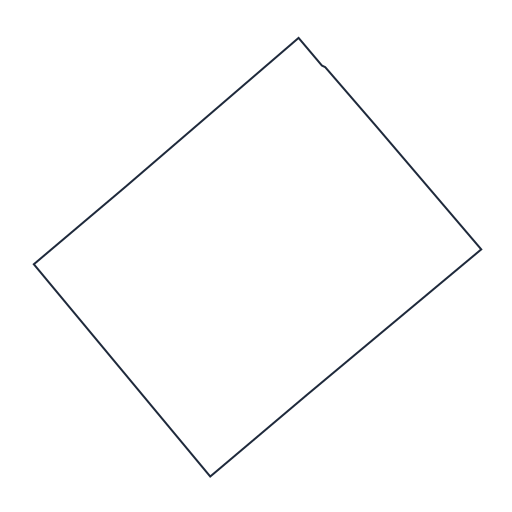 Adair, Missouri, United States of America, rotated 320°
{"feature_id": "52423323B5139201807141", "entity_name": "Adair", "entity_type": "district", "adm_level": 2, "iso_a3": "USA", "parent_name": "United States of America", "parent_adm1": "Missouri", "projection": "albers", "projection_center": [-92.557, 40.192], "detail": "fine", "context": "isolated", "style": "outline", "palette": "slate", "viewbox_px": 512, "rotation_deg": 320, "n_neighbors": 0, "source": "geoboundaries", "source_scale": "gbopen_adm2", "svg_char_len": 307}
<svg xmlns="http://www.w3.org/2000/svg" viewBox="0 0 512 512"><g transform="rotate(320 256 256)"><path d="M432.8,395.7L431.5,234.3L430.4,155.8L428.9,152.5L428.8,116.3L198.6,119.1L196.7,119.1L80.5,119.5L79.2,395.5L85.2,395.5L205.5,395.1L432.8,395.7Z" fill="none" stroke="#1e293b" stroke-width="2"/></g></svg>